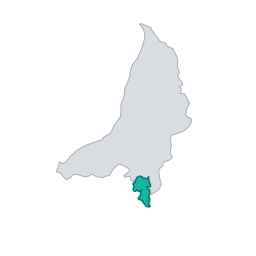 Moldova, with Ștefan Vodă highlighted, rotated 53°
{"feature_id": "MDA-1651", "entity_name": "Ștefan Vodă", "entity_type": "District", "adm_level": 1, "iso_a3": "MDA", "parent_name": "Moldova", "parent_adm1": "", "projection": "natural_earth1", "projection_center": [29.727, 46.532], "detail": "fine", "context": "in_parent", "style": "filled", "palette": "teal", "viewbox_px": 256, "rotation_deg": 53, "n_neighbors": 0, "source": "natural_earth", "source_scale": "10m", "svg_char_len": 3227}
<svg xmlns="http://www.w3.org/2000/svg" viewBox="0 0 256 256"><g transform="rotate(53 128 128)"><path d="M52.0,56.2L53.0,54.3L62.0,49.2L64.3,50.0L68.9,50.2L78.4,50.1L83.1,46.7L86.0,47.6L88.4,46.1L92.3,44.2L92.9,44.6L93.4,44.9L99.4,45.8L104.0,47.6L107.0,50.4L110.1,52.2L113.4,52.8L115.2,54.2L115.5,56.4L118.5,57.4L124.3,57.4L126.7,58.8L125.8,61.6L126.4,62.6L128.4,61.6L129.9,62.4L130.7,64.5L131.7,65.5L134.6,62.2L137.7,62.6L145.1,63.9L149.1,70.8L151.5,73.2L153.7,74.2L156.5,73.2L158.9,71.9L160.3,72.5L163.3,77.0L164.0,82.9L163.9,85.3L162.9,89.4L161.3,93.7L160.1,96.5L160.6,98.7L161.7,100.6L163.5,101.2L169.2,105.0L171.4,107.6L174.5,109.6L176.9,109.7L178.2,110.8L178.6,112.1L178.3,115.5L176.9,118.7L177.1,120.7L179.2,123.1L179.4,126.0L179.6,127.8L180.7,129.2L186.0,132.3L192.9,135.3L194.6,137.8L195.7,141.1L195.4,146.5L194.9,151.3L204.0,157.7L202.9,158.9L201.5,160.3L192.9,161.2L191.2,161.8L187.4,156.9L185.4,156.3L183.6,158.1L181.4,159.1L178.8,158.6L176.0,157.1L174.6,156.0L173.5,155.9L171.7,157.0L169.4,156.5L167.9,155.3L165.7,159.4L164.4,160.3L163.5,160.2L163.4,153.2L162.7,152.1L161.0,152.0L156.8,153.6L152.8,155.8L151.4,157.7L151.5,161.1L152.1,165.2L154.8,171.4L153.3,174.1L152.2,178.5L147.9,182.4L143.1,184.7L142.6,189.5L139.9,192.7L135.3,195.9L132.2,199.8L132.9,202.5L133.1,205.0L132.6,206.7L132.5,208.0L131.2,208.6L124.2,209.1L122.2,209.9L119.9,211.8L117.7,208.3L115.5,205.2L113.9,203.5L114.6,202.8L116.4,201.9L117.6,200.8L117.5,197.2L116.6,193.0L115.8,190.9L115.7,187.7L115.1,182.8L116.0,173.5L119.6,161.9L121.6,156.2L120.7,153.0L121.5,145.7L120.0,142.0L117.6,137.3L114.3,127.0L110.1,123.4L104.9,119.4L102.6,116.5L101.2,113.2L98.1,109.9L94.5,106.9L90.4,99.5L88.2,96.1L87.5,95.2L82.7,90.4L80.2,86.1L78.9,82.5L78.2,79.3L74.9,72.8L71.8,67.9L68.9,64.4L67.6,62.0L64.2,58.9L59.3,56.4L56.1,56.0L52.0,56.2Z" fill="#d9dde1" stroke="#a8b0b8" stroke-width="1"/><path d="M193.8,150.5L194.0,151.8L194.6,152.4L196.5,153.1L196.6,153.3L196.8,153.8L197.0,153.9L197.8,153.6L198.0,153.6L198.4,153.8L198.6,154.1L199.2,155.1L198.9,155.6L200.9,157.0L201.6,157.8L202.0,157.4L202.7,157.3L203.4,157.4L204.0,157.8L202.9,159.5L201.8,160.5L199.9,160.7L194.7,160.5L194.0,160.6L193.2,161.0L191.6,162.3L190.7,162.4L189.9,161.5L189.8,161.2L189.8,160.1L189.7,159.6L189.5,159.1L188.6,157.9L186.3,155.9L185.8,155.1L185.7,156.6L185.3,157.5L184.4,157.8L183.2,157.8L182.9,158.1L183.1,159.5L182.8,160.4L182.2,160.9L181.5,161.1L180.7,161.1L180.0,160.7L179.4,160.0L178.8,158.8L178.2,158.3L177.6,158.1L176.2,157.9L175.6,157.6L175.3,157.2L175.3,156.8L175.3,156.4L175.6,155.9L175.8,155.6L175.9,155.2L175.8,154.8L175.6,154.5L174.6,154.3L174.4,153.7L174.0,152.3L173.0,151.2L172.8,150.2L173.3,149.2L173.3,148.4L173.4,147.6L174.5,146.7L175.7,146.0L176.5,146.2L177.2,146.3L177.8,145.4L178.3,144.5L179.0,144.5L179.6,144.3L179.8,142.7L179.5,141.1L180.6,141.7L181.5,142.5L183.0,142.8L183.7,143.7L184.5,143.7L184.9,143.7L185.0,143.7L185.1,143.9L185.3,144.3L185.6,144.3L186.0,144.1L186.3,144.0L187.3,144.3L187.7,144.7L188.4,146.3L187.8,146.6L187.2,147.0L186.7,147.5L186.3,148.2L187.0,148.3L188.4,149.0L188.9,148.9L190.5,147.9L190.8,148.6L191.2,148.9L191.8,149.0L192.4,149.0L192.6,149.2L193.5,150.3L193.8,150.5Z" fill="#14b8a6" stroke="#0f766e" stroke-width="1.5"/></g></svg>